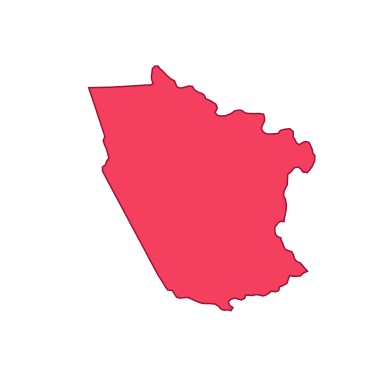 Bom Jardim, Rio de Janeiro, Brazil, rotated 26°
{"feature_id": "56859067B55012007485674", "entity_name": "Bom Jardim", "entity_type": "district", "adm_level": 2, "iso_a3": "BRA", "parent_name": "Brazil", "parent_adm1": "Rio de Janeiro", "projection": "albers", "projection_center": [-42.342, -22.206], "detail": "fine", "context": "isolated", "style": "filled", "palette": "rose", "viewbox_px": 384, "rotation_deg": 26, "n_neighbors": 0, "source": "geoboundaries", "source_scale": "gbopen_adm2", "svg_char_len": 2264}
<svg xmlns="http://www.w3.org/2000/svg" viewBox="0 0 384 384"><g transform="rotate(26 192 192)"><path d="M275.5,96.1L271.9,96.9L269.8,98.9L267.7,102.5L264.4,102.1L262.0,100.1L258.6,98.1L256.6,93.5L252.3,92.2L247.8,95.0L244.3,98.1L243.9,101.5L239.6,104.1L236.8,105.7L233.5,107.1L229.6,106.8L226.4,104.4L226.0,100.4L226.1,96.9L225.0,94.0L222.3,90.7L217.9,92.0L212.6,94.7L208.5,96.6L204.9,97.7L201.2,96.8L198.5,97.7L195.0,100.1L192.5,104.7L188.6,108.8L184.5,111.1L181.2,112.0L177.9,110.4L178.0,105.5L175.0,102.7L171.6,102.2L167.6,101.8L163.5,102.2L160.7,99.6L157.2,99.1L154.3,99.5L149.4,99.1L146.1,96.9L142.8,98.1L139.3,101.2L135.9,103.8L132.3,104.1L129.5,101.5L127.4,99.7L123.4,99.7L117.7,98.1L112.7,96.2L108.9,95.2L106.3,93.7L103.4,95.2L102.3,98.5L103.6,101.9L104.8,105.9L106.6,108.8L109.6,111.6L107.9,113.9L103.9,116.0L73.5,133.2L53.4,143.5L57.6,147.8L64.2,154.4L89.4,180.3L89.6,184.7L92.7,187.9L95.8,190.4L99.6,194.6L102.4,197.9L101.8,201.4L102.3,205.7L100.5,208.9L102.6,212.6L121.6,226.4L135.2,236.2L158.7,253.2L164.2,257.2L166.8,259.0L176.9,266.3L181.7,269.9L193.6,278.4L198.3,281.7L212.9,290.7L217.6,289.1L221.3,291.6L224.3,293.3L227.2,292.8L230.9,290.7L233.8,288.9L236.6,288.4L240.7,288.4L246.0,288.1L250.0,287.6L253.4,286.2L257.3,284.3L261.9,282.6L266.1,283.1L269.5,284.5L272.5,284.2L275.8,282.2L279.0,281.6L279.5,278.0L275.8,277.5L272.9,275.1L273.7,271.8L276.5,268.9L279.5,268.1L283.7,267.4L286.0,264.4L285.4,261.3L288.3,259.8L291.4,258.7L294.5,256.2L297.5,255.1L301.1,254.4L303.2,252.7L305.3,249.6L306.7,246.4L311.0,245.0L313.1,242.5L312.2,238.8L314.6,236.4L317.3,232.6L316.7,227.6L316.4,224.2L319.3,223.7L322.3,222.2L326.1,220.0L327.7,215.8L330.6,212.6L325.4,210.4L320.7,208.4L316.0,208.4L313.0,206.8L310.5,203.7L307.7,202.0L304.9,202.4L301.4,202.7L298.7,201.1L296.3,198.6L293.6,196.5L291.8,194.2L288.3,194.7L285.3,193.1L283.5,190.6L282.0,187.5L282.8,182.5L284.2,179.6L287.7,178.3L286.4,175.1L285.6,171.1L284.3,166.6L282.0,161.5L279.1,157.6L276.0,155.2L274.5,151.5L274.3,146.9L274.5,143.7L273.1,140.8L272.0,138.0L270.3,134.3L272.2,130.3L273.3,125.5L276.3,123.1L279.9,123.6L282.9,125.4L287.0,124.1L288.1,120.5L288.8,116.0L288.6,110.4L286.6,105.6L283.5,104.1L281.7,101.3L278.4,98.5L275.5,96.1Z" fill="#f43f5e" stroke="#9f1239" stroke-width="1.5"/></g></svg>